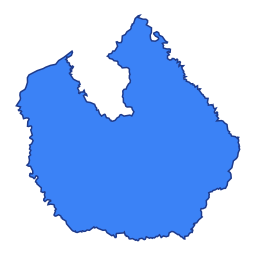 Goiatins, Tocantins, Brazil
{"feature_id": "56859067B69520863408764", "entity_name": "Goiatins", "entity_type": "district", "adm_level": 2, "iso_a3": "BRA", "parent_name": "Brazil", "parent_adm1": "Tocantins", "projection": "albers", "projection_center": [-47.51, -8.02], "detail": "fine", "context": "isolated", "style": "filled", "palette": "blue", "viewbox_px": 256, "rotation_deg": 0, "n_neighbors": 0, "source": "geoboundaries", "source_scale": "gbopen_adm2", "svg_char_len": 5737}
<svg xmlns="http://www.w3.org/2000/svg" viewBox="0 0 256 256"><path d="M72.0,51.1L63.8,57.4L58.6,60.6L55.7,64.3L50.4,65.4L45.5,67.3L43.2,68.6L37.3,70.6L29.0,74.9L27.4,77.7L27.5,82.4L25.9,87.4L24.9,89.4L20.9,91.8L20.1,92.9L19.9,95.2L20.5,98.2L20.2,99.9L16.3,105.8L20.5,106.9L19.7,109.0L18.4,110.0L18.7,110.6L21.0,110.8L21.6,111.5L20.3,113.2L22.6,115.2L23.5,118.7L26.4,117.9L28.3,118.2L29.1,119.1L27.8,121.6L27.5,126.3L28.6,126.5L30.5,125.9L31.4,126.2L31.7,126.9L31.5,128.9L30.7,129.8L32.3,135.1L29.8,137.4L30.0,138.3L32.1,139.2L33.1,140.7L31.6,143.9L29.6,145.1L30.3,146.8L29.5,149.0L30.9,150.2L29.6,153.0L30.6,154.9L28.8,156.6L29.5,160.3L28.8,163.3L26.9,165.2L28.4,166.1L30.5,166.3L32.7,170.9L32.8,173.4L32.0,174.0L30.5,173.3L30.0,173.6L29.6,175.6L30.2,176.6L32.7,177.3L34.1,178.6L35.0,178.0L35.7,176.2L36.4,175.8L37.7,176.6L38.0,178.1L36.2,179.9L35.5,181.8L36.7,182.7L36.9,183.8L41.3,187.8L41.0,191.6L43.0,192.5L44.3,191.9L45.0,192.2L44.4,194.9L45.1,197.3L43.8,199.0L43.8,200.5L45.0,201.5L47.5,199.6L50.6,200.3L50.7,201.1L49.1,201.9L48.5,202.7L47.9,204.7L50.7,204.1L53.8,204.6L54.4,205.8L54.3,206.8L56.2,209.1L55.0,210.3L55.5,211.0L54.0,215.0L54.8,215.9L55.8,216.1L58.6,214.8L60.2,215.6L61.0,216.3L61.3,217.8L62.2,218.0L62.4,218.9L65.9,221.0L66.6,223.9L71.7,229.9L72.8,230.9L74.6,231.5L75.4,231.2L75.5,232.0L77.1,232.5L80.4,231.3L81.8,231.9L82.0,231.1L82.8,230.8L83.8,231.4L85.4,231.2L87.1,230.0L89.5,230.3L93.9,226.9L94.4,227.9L96.7,227.3L98.0,228.4L102.9,230.3L105.6,230.1L107.0,232.6L111.8,235.7L113.4,235.0L115.1,237.5L115.8,237.5L116.3,236.8L116.1,234.3L116.6,233.5L123.7,232.9L124.3,232.1L125.2,235.1L126.1,235.5L126.3,236.3L127.1,236.1L128.6,237.1L129.1,238.7L129.9,239.0L132.6,238.6L135.6,240.2L136.2,239.7L137.6,240.6L138.5,240.5L139.3,238.8L140.3,238.6L142.0,238.3L144.2,239.6L145.3,239.2L146.3,236.8L149.5,238.2L150.9,237.6L152.3,238.3L152.9,237.7L154.5,237.9L156.2,236.4L157.5,236.6L159.5,234.8L161.2,237.5L163.4,236.0L166.3,236.7L168.5,235.9L169.2,232.9L171.6,231.5L173.4,231.7L178.0,234.7L178.8,234.4L180.9,236.7L181.6,236.7L183.9,238.8L184.8,239.0L184.8,236.4L188.0,235.9L189.4,233.4L191.2,232.3L192.2,232.4L192.8,230.3L192.4,229.4L191.4,229.8L191.0,229.2L192.7,227.8L194.4,225.4L194.7,224.7L193.6,224.1L193.9,223.5L196.7,222.8L198.8,219.8L202.2,216.9L201.5,216.2L201.5,211.9L200.6,210.5L201.1,208.6L202.9,208.7L205.5,207.5L206.5,204.8L206.3,200.5L208.1,198.9L209.2,197.1L208.9,196.2L209.3,194.4L208.7,192.8L211.1,191.6L211.9,191.8L213.0,190.5L215.4,189.8L217.3,188.5L218.7,189.2L219.7,188.1L220.4,188.1L221.0,189.6L223.8,188.4L225.5,188.3L227.2,185.1L227.6,181.9L231.2,178.2L230.9,174.2L230.1,172.5L228.3,171.2L231.9,167.7L233.4,160.9L236.4,158.5L237.6,156.6L238.2,152.7L239.7,149.2L239.0,147.8L239.5,146.8L238.8,146.2L239.3,145.3L238.1,142.3L238.7,141.0L238.4,139.1L237.7,138.7L238.6,137.4L237.6,137.2L236.7,137.7L235.2,136.6L231.4,136.0L230.9,134.2L229.1,133.3L229.6,131.8L228.2,130.8L227.7,129.8L227.0,124.5L224.5,122.9L223.1,121.2L221.6,120.6L216.7,120.9L218.6,118.3L216.5,115.9L217.6,115.5L217.7,114.6L216.9,114.0L217.5,113.3L217.5,112.4L216.9,112.0L215.2,113.3L214.5,112.7L214.4,111.6L216.1,108.2L214.5,108.8L213.7,107.9L212.9,104.7L212.1,105.4L211.4,104.7L208.4,105.2L208.4,104.1L207.4,102.4L208.1,98.4L205.8,98.3L204.8,97.8L204.7,96.9L203.3,95.7L203.1,94.7L201.9,94.1L199.2,90.3L200.4,88.9L199.2,88.8L198.6,89.5L197.7,89.3L197.5,85.8L195.1,87.1L194.4,85.1L193.0,84.9L192.8,83.7L190.9,83.8L189.4,82.3L186.3,81.2L186.5,80.0L185.4,79.1L184.2,79.4L183.7,77.8L186.0,76.6L183.7,75.8L184.8,74.3L183.3,72.1L183.8,71.3L182.3,69.2L181.7,66.9L182.5,66.8L183.5,65.7L181.4,65.8L180.3,65.1L179.0,66.2L179.1,64.8L179.8,64.2L180.4,62.2L179.8,61.5L177.2,62.6L177.8,60.0L177.0,59.1L175.7,60.1L173.8,58.6L172.2,58.5L171.7,59.6L169.8,60.1L167.5,58.6L167.5,55.8L169.3,54.8L167.1,52.2L168.4,51.3L169.5,52.5L170.1,52.3L170.4,49.3L169.3,48.9L166.9,49.0L163.4,48.0L163.2,46.2L163.6,45.5L162.3,43.4L163.9,42.9L167.1,43.0L167.5,42.1L165.4,41.0L162.4,36.7L159.4,35.3L158.6,32.7L156.8,31.7L153.8,33.1L153.7,33.9L155.6,36.2L158.2,37.5L158.7,38.8L157.6,40.0L155.3,41.2L151.7,40.8L150.6,39.0L150.3,36.2L150.3,34.9L151.4,32.6L151.5,27.8L146.3,24.8L147.6,22.4L147.6,20.5L145.9,19.2L142.9,19.2L138.1,17.5L139.8,15.4L138.1,15.9L135.2,18.5L133.6,23.4L132.0,24.3L132.2,25.0L131.1,26.5L131.1,28.3L130.3,29.5L127.0,31.7L125.3,34.5L122.3,36.0L121.9,41.0L121.1,42.5L118.8,42.8L117.1,41.7L116.3,42.0L117.6,46.3L115.1,50.5L114.4,51.1L112.9,51.0L111.6,53.4L108.8,54.1L108.3,55.6L107.4,56.2L108.8,57.0L109.5,58.4L112.5,59.2L114.0,60.7L117.3,61.2L117.9,61.9L118.2,64.4L121.3,66.5L122.2,67.9L126.8,67.5L128.2,68.0L129.4,69.2L129.3,72.0L130.0,74.7L129.4,75.3L129.3,78.2L130.4,80.3L130.1,82.6L128.5,84.0L126.8,87.0L126.2,89.0L124.0,89.4L122.8,91.0L123.0,93.9L122.4,96.8L123.3,98.0L123.4,102.2L125.1,103.9L125.8,106.2L127.1,107.0L130.2,106.9L131.8,107.4L132.2,109.2L133.9,111.8L131.8,115.9L129.8,115.1L124.0,116.1L121.3,114.6L120.5,114.7L119.9,115.1L119.1,116.8L117.1,117.9L115.2,120.3L112.7,121.2L111.1,121.0L111.0,120.3L110.2,120.1L108.9,118.2L106.4,117.7L105.1,114.5L104.3,114.3L101.5,116.1L99.5,113.6L98.3,110.0L96.8,110.3L96.4,109.8L96.7,108.2L95.6,106.9L94.6,104.3L90.4,102.5L87.1,102.0L86.2,101.1L83.5,95.7L84.7,94.7L86.9,95.6L86.5,94.2L84.3,92.3L84.5,91.2L84.1,90.2L82.8,92.0L80.7,92.1L79.6,93.5L78.7,93.2L79.0,90.9L77.6,88.3L77.9,87.5L79.5,86.5L78.6,85.2L80.1,84.5L79.8,83.5L78.9,81.4L78.1,81.6L73.4,79.2L70.6,75.0L71.4,74.4L69.7,73.9L69.4,73.2L70.8,72.1L70.5,70.6L71.6,71.1L71.6,70.0L70.4,69.0L72.1,67.7L72.5,68.3L73.4,66.8L72.6,66.0L71.1,66.7L70.4,66.4L70.3,65.5L69.4,65.1L69.4,63.2L68.5,62.4L67.5,62.6L67.0,62.0L67.2,60.4L65.7,59.5L67.0,58.4L66.6,57.1L68.6,57.1L71.4,55.4L72.5,52.3L72.0,51.1Z" fill="#3b82f6" stroke="#1e3a8a" stroke-width="1.5"/></svg>